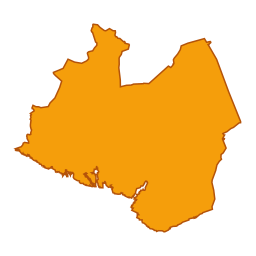 outline of Sokndal nor, Rogaland, Norway
{"feature_id": "86288312B30341713179901", "entity_name": "Sokndal nor", "entity_type": "district", "adm_level": 2, "iso_a3": "NOR", "parent_name": "Norway", "parent_adm1": "Rogaland", "projection": "orthographic", "projection_center": [6.294, 58.377], "detail": "fine", "context": "isolated", "style": "filled", "palette": "amber", "viewbox_px": 256, "rotation_deg": 0, "n_neighbors": 0, "source": "geoboundaries", "source_scale": "gbopen_adm2", "svg_char_len": 5789}
<svg xmlns="http://www.w3.org/2000/svg" viewBox="0 0 256 256"><path d="M15.8,148.6L17.5,149.1L16.3,149.5L16.8,149.9L15.5,149.6L15.4,150.0L15.9,150.5L17.6,150.7L17.4,150.1L18.8,149.8L18.7,150.5L19.4,151.1L19.7,150.8L19.8,151.4L22.0,154.0L22.5,154.0L22.9,153.3L23.2,154.5L24.0,154.8L23.8,154.1L26.1,155.3L26.0,155.7L26.8,156.2L27.3,155.7L26.7,155.4L27.6,155.4L27.8,154.5L28.8,155.0L28.7,155.5L29.2,155.1L29.7,156.0L29.3,156.3L30.4,157.2L30.4,157.8L31.2,157.5L31.4,158.3L32.1,158.2L32.1,158.8L33.7,160.2L35.6,161.0L35.6,160.5L36.2,160.5L37.0,161.3L36.5,161.5L36.6,161.8L39.5,163.3L39.5,164.1L41.1,164.3L42.0,165.9L43.8,165.7L44.0,166.0L43.6,166.9L44.4,166.8L44.7,167.5L45.2,167.3L45.3,167.9L48.2,168.8L48.2,168.3L48.7,168.3L48.8,168.8L50.3,168.1L51.4,166.7L52.2,166.7L52.4,167.2L51.7,167.6L51.7,168.1L55.2,170.1L55.6,172.0L57.2,171.7L57.2,172.2L58.0,171.9L58.2,171.1L58.2,171.9L59.0,171.6L59.3,172.6L60.7,172.9L61.2,173.8L61.8,173.9L61.8,173.4L62.9,173.8L62.6,174.7L63.1,174.6L62.9,176.0L64.3,174.3L64.4,173.5L65.0,173.5L64.8,172.7L65.6,171.9L65.5,170.0L65.7,169.8L66.6,170.0L66.7,171.0L65.9,171.0L65.4,174.3L65.8,174.9L66.6,175.0L66.7,176.6L67.8,176.6L67.7,174.2L66.9,174.2L67.0,171.5L68.9,172.0L68.7,173.1L70.0,172.5L69.7,174.1L70.4,175.4L70.5,174.6L71.5,174.0L71.3,172.4L72.1,172.4L72.2,173.5L73.0,172.9L73.7,173.9L73.3,177.4L74.3,178.9L77.3,180.6L79.4,180.9L79.5,182.5L80.8,183.4L83.3,183.4L83.5,184.1L85.7,185.2L85.7,184.7L86.0,184.7L86.0,185.2L89.2,186.0L90.0,186.1L90.0,185.3L91.4,186.5L92.5,186.6L92.6,184.4L91.3,183.9L91.5,183.1L90.7,183.1L90.2,181.1L87.9,178.7L87.6,177.4L85.4,176.8L85.1,175.3L83.8,174.1L86.0,172.8L86.9,173.5L85.4,174.4L86.3,175.2L85.8,175.2L86.2,175.8L87.9,176.6L88.3,177.8L90.0,178.6L91.2,181.2L90.9,181.9L91.5,182.0L91.5,182.6L93.9,183.6L93.4,183.8L93.8,184.6L93.7,185.4L92.7,185.7L92.8,186.3L93.2,186.4L93.5,185.7L94.6,186.7L95.1,186.7L95.1,186.2L95.9,186.4L95.4,184.8L95.7,184.3L96.0,176.8L94.6,173.5L92.4,173.6L92.6,173.1L91.7,172.7L93.8,172.2L94.3,169.2L96.0,169.5L96.7,166.0L96.9,168.1L97.6,168.1L97.6,169.8L98.7,171.4L98.4,172.4L97.5,172.7L97.8,173.9L96.3,174.4L97.4,175.4L98.2,179.3L97.0,180.2L97.3,182.3L98.0,183.5L98.1,185.1L98.6,185.6L98.8,186.9L99.9,186.7L99.9,187.7L102.9,187.8L102.9,184.9L102.6,183.3L103.2,183.3L103.2,182.7L104.6,183.2L104.8,181.6L105.0,181.6L105.7,182.9L105.8,184.0L106.4,185.5L108.5,187.3L110.3,186.9L110.5,187.3L110.8,187.1L110.5,186.8L110.7,186.2L110.3,185.4L111.0,185.2L110.8,185.5L111.7,188.2L111.4,186.6L112.9,187.4L112.9,187.9L112.1,188.2L111.9,189.0L112.3,189.0L112.2,190.1L113.0,192.8L114.6,193.2L114.6,193.7L118.1,194.2L120.2,194.1L121.1,192.7L122.1,193.7L122.1,193.1L122.6,193.1L122.7,194.7L124.3,194.9L124.3,195.4L125.1,195.4L125.1,196.0L128.4,197.6L129.2,197.7L129.2,197.1L131.7,198.1L132.3,196.7L133.4,196.7L133.2,195.6L134.4,195.0L134.4,194.2L135.5,193.4L135.7,191.5L136.7,188.6L139.9,187.7L140.4,187.4L140.9,186.0L142.8,186.0L143.6,184.9L143.7,184.2L144.5,183.7L144.6,182.5L146.4,180.6L146.0,181.1L147.0,181.5L146.9,182.1L147.6,182.9L145.3,187.7L145.4,189.0L144.8,190.3L143.6,190.2L143.1,189.3L142.8,190.1L140.7,190.3L140.6,191.5L139.6,191.6L139.0,192.4L139.0,193.5L139.2,192.9L139.5,193.2L138.7,194.2L136.6,194.5L137.3,195.6L136.6,196.8L134.2,197.7L134.2,198.9L134.7,198.6L136.7,199.5L136.3,200.4L135.0,200.4L134.9,201.5L135.1,201.9L134.1,202.2L134.4,203.0L133.4,203.0L132.9,204.7L131.9,205.2L132.2,205.6L131.7,205.8L131.9,206.4L131.1,207.0L131.6,207.3L131.5,207.7L131.8,208.0L133.2,208.1L131.8,210.3L137.7,213.1L137.5,213.4L137.9,213.4L138.0,214.1L138.6,214.7L137.3,214.9L137.2,216.5L136.8,217.6L139.3,218.8L139.4,219.9L142.1,219.9L142.0,221.1L142.4,222.7L144.1,223.2L146.4,225.2L146.6,226.0L148.2,226.5L148.2,227.3L149.0,227.3L150.1,228.7L152.0,228.9L153.9,229.7L154.2,230.4L156.4,230.6L156.6,231.4L158.5,230.7L162.5,230.8L163.7,231.7L164.8,231.8L168.5,230.0L169.0,229.1L169.8,229.0L169.7,228.2L170.3,228.2L170.2,227.4L172.9,226.4L176.3,226.2L177.6,225.5L177.6,225.0L180.8,223.7L182.6,222.2L188.9,220.0L188.8,219.2L189.8,218.6L193.6,217.9L194.1,216.5L194.2,217.8L195.1,217.2L194.7,218.1L195.8,217.8L200.0,214.2L202.2,213.5L202.9,212.6L212.4,209.3L212.0,206.7L214.8,199.1L213.7,190.2L211.9,182.5L212.2,180.0L215.7,170.5L216.9,165.0L219.3,161.3L221.5,159.2L220.9,157.7L221.1,154.5L223.2,152.9L226.1,148.1L222.7,139.5L224.1,139.5L224.4,138.6L222.8,138.1L224.6,135.0L223.7,134.8L222.9,133.5L226.9,131.7L230.8,128.6L233.5,127.4L239.1,122.9L240.6,122.7L240.6,121.5L228.6,91.7L216.6,59.3L208.1,44.6L209.0,44.5L209.1,44.0L210.6,42.8L210.8,42.2L210.2,41.5L206.6,42.3L204.4,38.6L187.8,43.2L181.2,45.9L180.3,49.7L177.7,54.0L174.2,58.2L173.4,59.8L173.9,63.2L173.5,64.2L173.1,64.1L172.8,65.3L170.8,67.5L168.4,66.1L148.9,83.6L143.7,83.3L143.2,83.7L133.6,84.1L131.0,85.1L126.5,85.3L120.4,86.8L120.3,80.1L118.8,67.7L119.2,64.4L119.1,58.3L119.5,57.0L121.3,54.5L122.1,51.4L128.3,49.1L129.3,45.0L128.9,44.2L125.0,43.3L125.1,42.3L124.5,41.5L123.6,41.8L119.9,38.5L117.9,38.3L116.7,36.7L115.7,36.7L114.9,35.1L115.5,32.6L115.3,30.8L113.0,30.7L109.5,28.6L105.8,30.8L104.2,30.5L100.0,27.4L97.6,24.8L93.2,24.2L92.9,24.5L92.8,27.1L92.1,27.8L91.2,30.6L91.8,32.0L92.5,32.3L95.6,42.0L96.9,43.0L96.8,45.3L94.5,47.9L92.7,50.8L88.9,51.7L87.6,52.6L87.4,53.5L88.6,57.3L88.5,59.1L86.6,60.9L81.7,63.3L74.6,62.1L68.0,59.2L63.1,68.4L53.4,72.4L53.6,73.6L55.6,75.7L61.7,81.1L59.7,87.4L54.9,98.0L50.1,102.9L48.2,106.6L40.9,107.7L38.7,106.8L35.9,106.7L33.0,105.3L32.0,107.9L32.2,108.6L32.7,108.5L34.0,110.1L34.1,110.9L30.3,113.5L31.4,114.8L30.5,115.6L31.0,117.4L30.2,119.2L31.0,120.1L30.4,125.0L30.5,126.7L31.1,129.2L31.6,129.9L30.6,133.3L30.9,134.1L29.9,134.8L27.8,134.3L27.1,134.7L26.7,136.2L27.0,136.9L27.1,138.6L28.6,141.4L28.6,143.1L24.6,142.4L23.2,143.2L22.9,144.6L21.3,146.7L15.8,148.6Z" fill="#f59e0b" stroke="#b45309" stroke-width="1.5"/></svg>